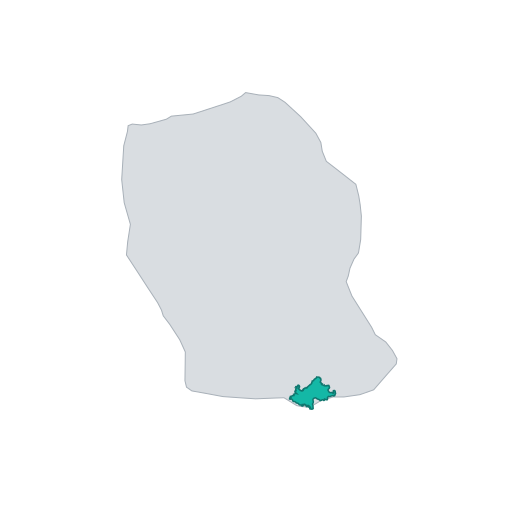 Khoelenya, Mohale's Hoek, Lesotho shown in context, rotated 299°
{"feature_id": "5366337B9644670448784", "entity_name": "Khoelenya", "entity_type": "district", "adm_level": 2, "iso_a3": "LSO", "parent_name": "Lesotho", "parent_adm1": "Mohale's Hoek", "projection": "equal_earth", "projection_center": [27.429, -30.302], "detail": "fine", "context": "in_parent", "style": "filled", "palette": "teal", "viewbox_px": 512, "rotation_deg": 299, "n_neighbors": 0, "source": "geoboundaries", "source_scale": "gbopen_adm2", "svg_char_len": 6287}
<svg xmlns="http://www.w3.org/2000/svg" viewBox="0 0 512 512"><g transform="rotate(299 256 256)"><path d="M321.1,339.6L309.6,343.7L308.0,344.1L300.7,343.2L290.9,344.1L283.2,346.4L277.3,347.3L267.5,359.3L249.7,391.7L245.0,398.5L243.7,411.2L239.5,421.2L234.5,429.1L229.6,431.0L214.9,427.8L196.0,423.8L185.1,414.1L175.3,401.2L170.2,391.9L164.8,386.8L162.9,383.9L155.3,379.6L152.4,377.4L149.8,375.8L146.7,369.6L144.9,364.2L145.6,349.2L140.2,340.2L130.9,324.9L125.0,312.4L117.0,295.2L112.1,280.5L106.9,265.3L107.6,258.8L112.5,254.3L126.7,246.7L137.8,240.7L145.8,229.9L154.4,213.7L158.7,203.9L162.9,199.5L167.5,192.6L175.5,177.3L184.5,160.4L194.1,142.2L206.2,136.9L222.8,130.8L238.7,114.9L257.7,101.5L288.3,86.9L302.6,83.2L308.0,81.0L311.4,83.8L315.0,92.2L320.2,99.1L332.2,111.3L337.3,114.2L349.7,132.2L362.9,144.5L378.2,158.7L388.6,165.7L393.9,167.7L398.2,180.3L402.6,189.6L405.1,198.3L404.5,206.8L399.5,227.6L392.4,248.8L386.7,257.7L379.7,263.2L372.9,271.6L370.3,288.6L367.1,308.6L358.3,316.8L351.4,322.2L342.0,328.8L321.1,339.6Z" fill="#d9dde1" stroke="#a8b0b8" stroke-width="1"/><path d="M174.6,392.0L175.0,391.6L176.1,390.8L176.2,390.5L176.4,390.2L176.4,389.8L176.0,389.5L175.8,389.0L175.5,389.0L174.9,389.2L174.0,390.2L173.7,390.2L173.3,390.1L173.3,389.8L173.3,388.6L173.2,388.1L172.6,387.4L172.4,387.0L172.4,386.3L172.4,386.0L172.5,385.8L172.9,385.0L173.4,384.1L173.6,384.0L173.9,383.9L174.2,383.8L174.5,383.9L175.0,383.9L175.4,384.0L176.0,384.2L176.6,384.1L176.9,383.9L177.0,383.6L177.5,383.2L177.7,382.9L177.8,382.8L177.6,382.7L177.7,382.2L177.6,381.9L177.8,381.8L177.5,381.4L177.3,381.5L177.2,381.4L177.2,381.1L177.0,380.8L176.9,380.9L176.7,380.6L176.4,380.4L176.4,380.2L176.1,379.6L175.9,379.5L175.8,379.3L175.7,378.7L175.8,378.5L175.8,378.3L176.0,378.2L175.8,378.1L175.6,377.9L175.7,377.6L175.7,377.4L175.6,376.9L175.6,376.5L175.4,376.3L175.4,376.0L175.5,375.9L176.0,375.4L175.9,375.1L176.1,375.0L176.3,375.2L176.3,374.8L176.4,374.7L176.5,374.7L176.6,374.3L176.7,374.1L176.9,373.9L176.8,373.6L176.8,373.4L177.0,373.4L177.2,373.2L177.3,373.2L177.9,373.1L178.6,373.1L179.1,372.9L179.3,372.7L179.5,372.6L179.9,372.2L180.0,371.9L180.3,371.8L180.3,371.5L180.3,371.3L180.3,371.0L180.5,370.8L180.6,370.6L180.5,370.4L180.6,370.2L180.4,369.5L180.3,369.2L180.2,368.9L179.9,368.6L179.6,367.8L179.4,367.9L179.2,367.8L178.3,367.8L178.1,367.6L177.9,367.6L177.6,367.5L177.3,367.2L177.2,367.2L176.8,367.0L176.5,366.8L176.3,366.8L176.0,366.7L175.7,366.7L174.9,366.8L174.5,366.3L174.2,366.2L173.8,365.8L173.6,366.0L173.2,366.0L172.7,366.1L172.3,366.1L172.1,366.4L170.5,366.2L169.8,365.7L169.6,365.8L169.1,365.5L166.9,364.7L166.4,364.6L166.0,364.6L165.8,364.6L165.7,364.5L165.6,364.3L165.5,364.5L165.4,364.5L165.1,364.4L165.1,364.1L165.1,363.8L164.8,363.5L164.4,363.2L164.3,362.9L164.2,362.9L164.0,362.7L163.8,362.6L163.7,362.6L163.7,362.8L163.1,362.5L163.0,362.1L162.7,362.1L162.5,361.9L162.0,361.8L161.7,362.2L161.6,362.3L161.4,362.4L161.3,362.2L160.9,362.2L160.6,362.0L160.5,361.9L160.5,361.7L160.3,361.5L160.2,361.5L160.1,361.3L160.3,361.2L160.2,361.1L160.0,360.8L160.1,360.7L160.1,360.2L160.1,359.8L160.0,359.6L160.0,359.4L160.2,359.1L160.2,358.9L160.4,358.7L160.5,358.5L160.4,358.2L160.5,358.0L160.4,357.7L160.5,357.4L160.6,357.5L161.4,357.6L161.5,357.5L161.8,357.4L162.0,357.3L162.3,357.6L163.1,357.3L163.6,356.5L163.7,355.9L163.3,355.4L163.2,355.3L162.7,355.5L162.5,355.4L162.3,355.5L162.2,355.4L161.9,355.5L161.6,355.2L161.4,355.3L161.3,354.7L161.1,354.5L161.2,354.3L161.1,354.2L161.0,354.3L161.0,354.7L160.8,354.9L160.6,355.2L160.2,355.1L159.9,354.8L159.9,355.0L159.7,355.2L159.6,355.3L159.4,355.3L159.2,355.4L158.7,355.4L158.1,355.6L157.9,356.1L157.7,356.3L157.6,356.2L157.5,356.3L157.3,356.3L157.0,355.9L156.8,355.6L156.7,355.6L156.4,355.8L156.0,355.9L156.0,356.0L155.9,356.4L155.5,357.0L155.5,358.0L155.4,358.3L155.2,357.5L154.9,357.1L154.6,356.9L153.7,356.5L153.4,356.1L153.1,356.5L152.9,356.6L152.7,356.6L152.3,356.8L152.1,356.5L152.0,356.2L151.9,355.9L151.7,355.8L151.7,355.7L151.3,355.5L150.8,355.2L150.7,355.1L150.6,354.9L150.4,354.8L150.3,354.6L150.2,354.5L149.9,354.2L149.8,354.3L149.7,354.3L149.8,354.4L149.7,354.4L149.7,354.5L149.6,354.8L149.5,355.0L149.4,355.2L149.2,355.3L148.9,355.3L147.7,354.5L147.3,354.6L147.3,354.8L147.2,355.0L147.4,355.5L147.7,355.8L148.1,355.9L148.1,356.3L148.1,356.8L147.9,357.4L147.7,357.9L147.2,358.4L146.9,358.9L146.9,359.2L146.9,359.4L147.1,359.7L147.4,360.4L147.5,360.8L147.5,361.0L147.4,361.6L147.2,362.1L147.0,362.3L147.0,362.5L147.3,362.9L147.3,363.4L147.5,364.2L147.5,364.4L147.5,364.8L147.2,365.2L146.9,366.0L147.0,366.4L147.1,366.9L147.2,367.0L147.5,367.3L147.6,367.5L147.5,368.1L147.1,368.4L147.1,368.5L147.4,369.6L148.0,369.8L148.3,369.7L148.4,369.1L148.6,368.8L148.7,368.7L149.0,369.3L149.0,369.8L149.1,370.1L149.3,370.1L149.7,370.0L149.9,370.3L150.0,370.5L149.9,370.7L149.6,371.0L149.4,371.2L149.4,371.3L149.5,371.6L149.9,371.8L149.9,372.0L149.4,372.5L149.2,372.6L148.8,373.0L148.7,373.1L148.8,373.2L148.9,373.3L149.2,373.8L149.7,373.7L150.2,373.7L150.4,373.7L150.6,374.0L150.7,374.4L150.7,374.8L150.3,374.8L150.1,374.6L149.7,374.5L149.4,374.9L149.4,375.2L149.8,375.7L150.2,376.3L150.2,376.5L150.1,376.9L149.7,377.2L149.4,376.5L149.1,376.6L148.8,376.9L148.4,377.3L148.4,377.6L148.6,377.8L148.9,378.1L148.9,378.6L149.0,379.0L149.2,379.3L149.8,379.8L150.2,379.9L150.4,379.9L150.6,379.8L151.2,379.3L152.6,378.5L153.1,378.0L153.8,377.2L154.0,377.2L154.5,377.1L154.8,377.2L155.2,377.2L155.9,377.0L156.5,376.7L156.9,376.3L157.7,375.6L158.3,375.3L159.1,375.4L159.8,375.7L160.7,376.6L160.9,376.9L160.9,377.1L160.8,377.7L160.7,378.2L160.7,378.4L160.8,379.7L161.0,380.8L161.0,381.4L160.8,381.8L160.7,382.0L160.7,382.3L160.8,382.5L161.6,383.3L162.3,383.6L162.6,384.0L162.7,384.8L162.7,385.0L162.5,385.3L162.6,385.5L163.0,385.7L163.3,385.7L164.0,385.2L164.2,385.3L164.3,385.5L164.1,385.9L164.1,386.3L164.4,387.3L164.7,387.7L164.9,388.0L165.2,387.9L165.4,387.9L165.6,387.9L165.9,387.6L166.1,387.6L166.5,387.2L167.5,387.3L167.9,387.3L168.2,387.4L168.3,387.4L168.4,387.6L168.8,388.7L168.9,388.9L169.7,389.4L171.1,390.7L171.0,390.9L171.1,391.1L171.2,391.5L171.2,391.8L171.4,392.0L171.5,391.6L171.9,391.9L171.8,392.0L172.0,392.3L172.4,392.5L172.8,392.5L173.4,392.2L174.2,392.3L174.6,392.0Z" fill="#14b8a6" stroke="#0f766e" stroke-width="1.5"/></g></svg>